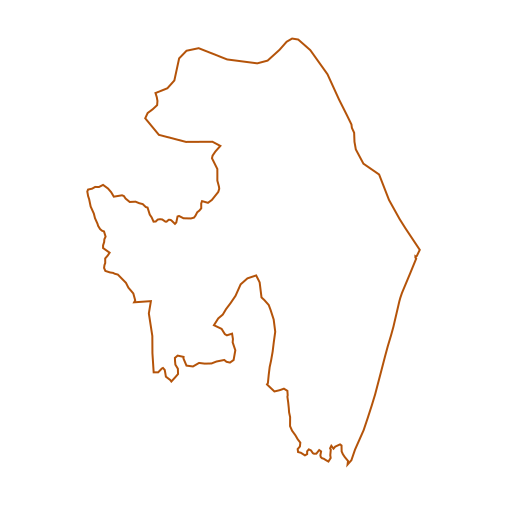 Warri North, Nigeria (Equal Earth projection), rotated 176°
{"feature_id": "59680162B93651715341205", "entity_name": "Warri North", "entity_type": "district", "adm_level": 2, "iso_a3": "NGA", "parent_name": "Nigeria", "parent_adm1": "", "projection": "equal_earth", "projection_center": [5.321, 5.881], "detail": "fine", "context": "isolated", "style": "outline", "palette": "amber", "viewbox_px": 512, "rotation_deg": 176, "n_neighbors": 0, "source": "geoboundaries", "source_scale": "gbopen_adm2", "svg_char_len": 3245}
<svg xmlns="http://www.w3.org/2000/svg" viewBox="0 0 512 512"><g transform="rotate(176 256 256)"><path d="M92.2,250.7L105.0,273.2L110.1,282.7L119.4,302.6L127.5,328.7L142.4,340.6L149.0,355.4L149.8,363.1L149.5,372.1L151.4,377.1L151.5,378.4L151.6,380.5L155.4,389.9L162.3,406.4L172.0,432.3L187.5,457.6L198.8,469.0L204.8,470.4L210.5,467.6L218.2,460.0L230.8,450.1L241.3,448.1L271.1,454.1L298.7,467.3L311.0,465.6L318.9,458.5L325.2,436.8L332.7,429.5L344.9,425.6L343.9,421.4L343.5,417.5L344.1,413.4L348.8,409.6L354.1,406.2L356.9,401.1L344.4,383.6L317.9,374.7L291.5,373.0L283.9,368.3L289.2,363.1L292.3,359.2L293.1,356.6L288.5,345.5L288.8,340.9L289.3,333.9L288.1,327.7L288.0,325.6L289.2,322.5L296.1,315.0L300.2,312.4L306.0,314.5L307.0,312.2L307.3,307.4L309.3,305.3L311.6,303.7L313.6,300.4L315.2,298.6L318.3,298.0L325.7,298.7L330.0,301.3L331.5,300.9L333.2,295.0L334.6,293.7L338.1,297.6L339.3,298.1L340.6,298.2L342.8,296.5L344.0,296.6L347.0,299.0L349.2,299.4L351.5,299.2L353.6,297.4L355.8,297.4L357.4,301.8L359.1,304.7L360.8,311.9L362.5,312.5L365.4,315.7L368.8,316.8L372.4,318.6L378.2,318.7L382.1,322.4L383.6,325.0L385.4,325.9L393.7,325.1L396.0,329.7L398.9,333.6L403.6,337.6L407.8,335.8L411.7,336.1L414.8,334.6L418.9,334.0L419.8,332.1L419.3,327.5L418.5,324.3L417.5,316.9L414.8,309.6L414.0,305.0L411.9,299.3L411.4,297.1L409.7,293.8L407.9,292.0L405.9,291.1L404.7,285.8L406.1,283.3L406.5,280.5L407.8,277.3L408.0,274.6L401.8,269.5L403.9,266.8L406.6,264.1L406.7,262.7L406.9,259.5L407.8,257.5L408.4,254.7L407.3,251.6L402.8,249.8L399.7,249.1L398.3,248.2L395.1,247.1L387.6,238.3L385.5,233.3L381.0,227.2L379.6,220.2L380.8,218.3L364.0,218.3L366.9,206.2L365.0,183.4L366.1,166.3L366.2,147.1L361.7,146.8L357.8,150.3L356.6,150.8L355.0,148.7L354.8,146.9L354.3,141.9L350.2,138.3L349.2,136.7L347.2,138.6L345.2,140.5L342.0,143.7L341.8,149.0L344.0,153.2L344.1,156.8L344.0,160.0L341.1,162.1L335.3,160.4L335.5,158.8L333.0,151.5L326.6,150.2L322.5,152.2L320.3,153.3L314.6,152.2L307.9,151.9L302.8,153.5L294.9,154.5L292.8,152.5L289.4,151.5L285.6,153.8L283.2,163.4L285.3,171.5L284.8,174.7L285.3,180.2L290.6,178.9L292.5,180.2L295.4,185.7L302.8,189.9L298.0,196.4L293.2,199.9L289.6,205.1L284.8,210.6L279.2,217.7L273.3,228.8L266.1,234.3L257.2,236.6L255.3,232.1L254.2,229.4L253.4,214.3L250.7,211.4L246.7,206.2L245.2,201.1L242.8,191.4L242.1,179.1L244.2,169.1L246.1,159.3L248.3,150.5L250.1,144.3L251.6,136.6L253.0,128.4L254.0,127.1L247.1,119.6L242.8,120.3L240.9,120.7L237.4,121.7L234.1,119.3L234.1,114.9L234.5,113.4L234.1,107.7L233.9,101.8L233.9,97.7L233.2,92.9L233.9,83.9L232.2,79.2L229.2,74.4L227.2,70.3L224.8,66.7L225.5,62.9L227.9,60.5L227.7,57.5L225.0,56.6L221.1,53.7L218.8,54.8L218.6,57.6L216.8,59.4L214.7,58.2L213.0,55.3L211.9,54.7L209.6,54.6L206.5,58.0L204.7,56.5L205.7,52.7L205.4,50.9L204.3,49.7L202.5,49.0L200.8,47.7L198.1,45.9L195.6,49.3L195.8,52.2L194.9,57.5L195.5,59.0L194.1,61.4L192.1,58.4L190.3,60.3L185.3,62.2L183.9,61.0L184.2,55.1L183.2,52.3L181.5,49.3L178.5,45.1L179.2,41.6L175.1,45.6L170.7,56.0L160.8,74.7L155.9,86.5L151.0,98.7L146.9,109.4L139.6,131.0L134.3,146.8L130.9,156.6L126.9,167.2L123.9,175.7L116.2,200.7L115.0,204.1L113.0,208.9L103.6,227.6L96.4,242.2L97.1,243.3L97.0,244.6L96.5,244.2L95.6,244.8L92.2,250.7Z" fill="none" stroke="#b45309" stroke-width="2"/></g></svg>